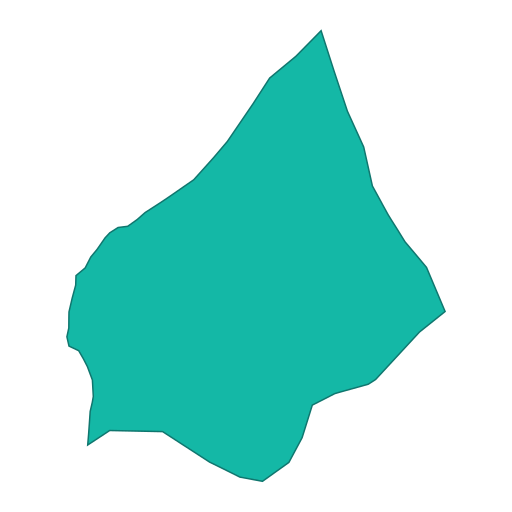 outline of Tandjilé Centre, Tandjilé, Chad
{"feature_id": "50815135B21537967756666", "entity_name": "Tandjilé Centre", "entity_type": "district", "adm_level": 2, "iso_a3": "TCD", "parent_name": "Chad", "parent_adm1": "Tandjilé", "projection": "natural_earth1", "projection_center": [16.099, 9.299], "detail": "fine", "context": "isolated", "style": "filled", "palette": "teal", "viewbox_px": 512, "rotation_deg": 0, "n_neighbors": 0, "source": "geoboundaries", "source_scale": "gbopen_adm2", "svg_char_len": 897}
<svg xmlns="http://www.w3.org/2000/svg" viewBox="0 0 512 512"><path d="M209.6,462.1L230.7,472.5L239.9,477.1L262.5,481.3L288.9,462.4L302.1,437.7L312.3,405.1L334.8,393.6L340.3,392.0L368.3,384.2L375.6,379.5L419.5,332.0L445.1,311.5L426.5,267.4L417.4,256.5L405.0,241.8L396.7,228.4L391.5,220.2L388.1,214.7L382.1,203.8L381.6,202.8L372.4,186.0L363.7,147.0L347.4,111.2L334.0,70.9L321.1,30.7L296.0,56.2L269.7,78.0L253.1,103.7L227.4,141.4L213.4,157.9L193.7,179.8L169.9,196.3L160.7,202.5L145.2,212.5L137.1,219.6L127.7,226.3L118.1,227.5L109.9,232.7L105.2,237.7L97.1,249.4L90.8,257.0L85.2,267.9L76.0,275.6L75.7,285.1L72.2,298.1L69.0,311.9L68.9,316.9L68.8,328.0L66.9,336.8L69.0,346.1L78.7,350.7L83.4,358.8L87.4,366.6L89.9,373.3L92.4,380.0L93.3,396.5L92.3,402.3L90.2,411.4L89.3,424.5L88.6,434.2L88.1,440.2L87.7,445.0L109.7,430.5L162.6,431.6L209.6,462.1Z" fill="#14b8a6" stroke="#0f766e" stroke-width="1.5"/></svg>